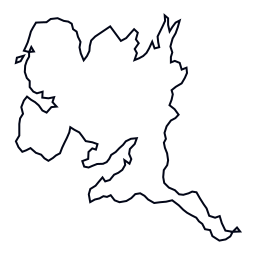 Imbuia, Santa Catarina, Brazil
{"feature_id": "56859067B70457248873437", "entity_name": "Imbuia", "entity_type": "district", "adm_level": 2, "iso_a3": "BRA", "parent_name": "Brazil", "parent_adm1": "Santa Catarina", "projection": "natural_earth1", "projection_center": [-49.4, -27.515], "detail": "fine", "context": "isolated", "style": "outline", "palette": "ink", "viewbox_px": 256, "rotation_deg": 0, "n_neighbors": 0, "source": "geoboundaries", "source_scale": "gbopen_adm2", "svg_char_len": 2807}
<svg xmlns="http://www.w3.org/2000/svg" viewBox="0 0 256 256"><path d="M232.7,231.8L225.4,230.6L221.8,223.1L219.7,216.1L215.1,217.7L209.2,215.8L206.6,208.4L203.7,204.3L199.9,198.3L196.5,192.3L192.2,191.6L188.6,193.3L183.3,194.8L179.1,194.3L174.9,190.2L168.9,187.6L164.2,182.9L163.2,177.1L163.8,170.1L167.2,165.2L168.1,160.3L167.1,153.3L164.9,147.7L163.9,142.7L165.9,138.9L164.5,132.9L166.6,126.3L170.9,120.5L175.4,118.1L178.6,114.7L174.6,109.2L169.5,105.2L171.6,99.7L172.8,94.3L171.6,90.2L175.8,86.8L181.7,83.3L184.9,77.8L187.0,73.0L186.5,67.7L181.7,69.6L179.7,62.9L174.8,60.9L170.9,62.4L170.9,57.0L172.3,52.4L170.4,46.5L172.6,38.5L175.6,33.3L177.8,27.2L179.7,20.5L175.6,22.6L172.4,26.9L169.6,31.4L168.1,24.9L168.1,18.3L164.7,15.4L165.1,20.9L162.8,25.9L160.0,31.6L157.6,36.5L158.2,42.3L159.2,47.2L154.6,48.4L152.2,41.7L149.1,48.4L146.5,52.9L143.2,56.0L139.0,58.3L134.5,60.1L136.9,53.1L134.7,49.0L138.7,43.2L135.9,39.4L137.8,32.7L134.1,29.2L129.6,34.2L126.2,38.1L120.9,40.9L110.2,26.4L95.2,36.5L91.2,40.5L89.8,46.0L89.4,51.0L87.0,56.0L83.7,60.3L80.8,53.4L79.5,47.4L80.5,41.9L78.0,36.9L76.6,31.6L73.1,29.2L71.7,23.7L68.3,21.6L63.8,20.9L57.6,18.2L50.7,19.0L46.5,22.2L42.8,22.3L36.0,22.6L32.9,27.8L30.9,31.5L29.6,36.2L27.7,42.4L25.8,46.7L23.9,50.7L29.1,52.0L29.1,56.7L26.8,60.8L25.2,65.6L24.8,72.0L26.8,78.0L29.7,81.1L29.7,87.1L33.3,91.6L36.9,93.3L42.6,91.7L42.3,97.6L48.5,98.3L54.1,97.2L52.5,102.1L56.6,106.6L51.4,107.1L46.6,112.6L42.4,110.5L38.8,105.4L35.0,102.1L31.1,99.8L27.0,96.6L23.9,100.5L21.3,107.1L23.0,113.8L20.1,118.4L19.3,123.9L19.3,129.5L19.3,135.6L15.9,141.3L18.5,147.2L22.3,151.8L26.2,150.3L30.5,148.1L35.9,152.8L41.2,154.7L44.4,158.3L48.4,160.8L52.9,158.0L56.0,155.4L60.0,153.3L62.1,147.8L64.5,142.7L66.9,137.9L69.3,132.4L70.3,127.2L74.4,129.8L79.3,132.4L82.2,136.2L85.7,141.1L92.4,142.3L97.5,144.1L95.9,149.6L92.3,148.4L88.5,152.0L88.2,158.9L82.3,161.1L84.2,166.6L88.6,167.5L92.3,165.9L97.1,164.0L103.0,163.8L106.7,162.1L109.2,158.9L111.2,154.9L115.7,152.0L119.3,148.2L123.1,144.8L125.8,141.3L130.9,138.8L136.8,138.2L134.7,144.0L129.9,149.0L129.1,153.9L131.3,159.1L129.5,163.7L124.4,160.1L125.2,164.9L122.3,169.9L118.3,172.8L114.1,174.7L109.8,180.0L105.2,181.4L102.5,177.4L98.7,181.9L95.6,185.7L90.3,189.0L88.8,194.3L90.2,202.1L94.9,199.5L99.5,198.4L103.4,196.2L107.0,196.9L110.7,195.2L114.6,200.3L119.5,202.2L126.4,201.0L131.3,198.1L135.3,194.1L140.2,193.3L144.5,195.8L148.1,199.5L154.2,203.0L160.4,202.2L166.1,201.7L172.2,200.3L178.8,205.3L183.3,209.8L187.0,212.7L191.6,215.3L196.3,217.7L198.9,221.3L202.3,223.9L205.0,229.2L210.1,230.1L212.4,236.1L219.4,240.6L225.7,239.4L230.3,236.4L232.7,231.8ZM29.1,52.0L31.3,47.0L33.9,51.5L29.1,52.0ZM20.6,61.2L23.8,55.7L16.9,57.7L15.9,62.9L20.6,61.2ZM240.1,231.5L237.0,227.5L232.7,231.8L240.1,231.5Z" fill="none" stroke="#020617" stroke-width="2"/></svg>